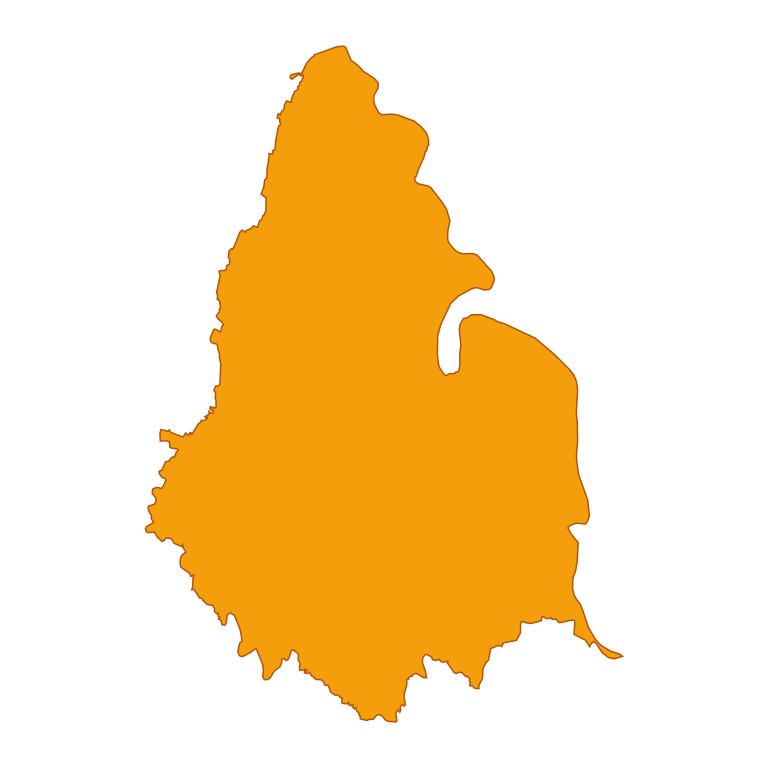 Magura, Khulna, Bangladesh (Equal Earth projection)
{"feature_id": "16705992B78415132034426", "entity_name": "Magura", "entity_type": "district", "adm_level": 2, "iso_a3": "BGD", "parent_name": "Bangladesh", "parent_adm1": "Khulna", "projection": "equal_earth", "projection_center": [89.424, 23.47], "detail": "fine", "context": "isolated", "style": "filled", "palette": "amber", "viewbox_px": 768, "rotation_deg": 0, "n_neighbors": 0, "source": "geoboundaries", "source_scale": "gbopen_adm2", "svg_char_len": 6100}
<svg xmlns="http://www.w3.org/2000/svg" viewBox="0 0 768 768"><path d="M446.7,209.8L443.0,203.5L431.1,188.0L428.1,186.0L417.9,183.7L415.0,181.1L414.7,177.3L416.1,176.5L419.1,167.8L423.9,157.3L425.5,151.0L426.6,150.9L427.4,146.6L428.7,144.7L428.4,139.0L426.4,132.9L420.8,126.4L414.2,121.1L397.4,114.9L391.9,114.2L381.4,114.7L378.4,112.4L374.5,104.6L373.5,98.3L374.6,94.2L378.1,88.1L378.1,82.9L374.2,78.4L363.1,71.1L357.9,65.4L351.1,60.4L345.4,46.9L342.3,46.1L336.1,47.0L314.2,54.9L314.1,56.1L311.3,57.7L306.3,63.7L301.7,73.6L298.8,73.0L291.5,74.6L290.5,75.9L290.2,77.9L291.9,79.1L299.0,74.3L301.0,75.9L302.9,75.0L303.6,75.6L301.5,81.2L299.8,82.3L299.4,85.5L297.7,86.6L297.9,89.6L294.7,91.4L291.7,98.3L291.1,102.4L286.5,100.9L284.3,105.1L284.3,108.3L282.8,110.8L281.9,111.0L280.2,114.9L278.5,113.7L277.8,114.5L277.3,118.1L279.8,118.7L279.7,121.3L280.6,124.4L278.9,125.8L278.1,128.2L275.7,141.1L275.0,149.6L272.6,150.6L273.3,151.8L272.0,154.1L269.0,153.6L269.2,156.2L267.1,168.9L266.9,177.9L264.6,180.1L263.9,186.6L261.1,194.2L266.1,197.8L265.9,210.6L263.9,215.2L262.8,215.7L261.7,219.7L259.7,220.6L257.5,227.3L253.4,225.9L251.0,228.5L245.7,230.9L244.8,232.3L242.3,230.0L240.0,231.9L233.9,247.2L232.5,249.2L231.4,248.7L229.1,250.9L228.3,257.6L229.8,259.2L229.4,264.3L226.7,265.5L226.3,269.2L225.2,270.4L220.2,270.6L218.9,271.6L220.2,275.8L216.5,292.7L217.7,295.2L217.2,299.3L218.2,299.3L220.2,302.6L219.7,303.6L220.8,307.2L219.4,308.9L219.3,312.1L216.3,315.8L217.8,318.6L222.5,322.7L223.4,325.0L222.0,326.2L220.6,331.9L215.4,329.2L213.8,329.4L210.6,336.8L210.2,339.4L210.8,341.6L212.1,342.8L217.3,344.4L217.8,348.8L219.5,354.2L219.4,357.6L220.8,363.6L219.9,384.5L218.6,386.0L215.4,386.2L213.9,390.4L215.6,392.7L215.3,397.9L216.0,400.5L216.0,407.1L215.4,408.2L213.8,407.3L212.4,408.4L211.7,406.9L210.3,406.8L209.9,408.6L210.8,410.0L213.5,410.9L213.4,412.9L211.1,413.1L208.9,411.5L209.1,414.2L204.9,416.7L205.7,417.6L207.4,417.4L207.3,418.3L203.9,420.8L201.2,420.2L200.7,422.2L198.1,424.1L192.1,434.1L191.3,434.3L191.1,432.9L190.1,432.5L188.8,435.4L185.6,433.0L183.0,437.1L170.5,432.2L169.4,429.9L167.9,431.2L160.8,429.6L159.9,433.7L160.3,441.0L165.6,440.8L169.3,441.7L169.9,447.2L171.6,448.2L177.5,448.9L178.2,450.1L176.4,452.1L174.3,457.3L173.1,456.8L171.3,457.7L168.8,461.0L165.6,461.9L161.7,470.3L159.1,471.3L159.4,474.0L162.1,477.4L165.2,478.6L166.0,480.2L163.0,486.7L161.4,488.5L156.6,487.3L152.7,489.1L152.2,493.4L155.8,498.1L155.9,501.7L154.6,504.0L148.5,506.2L148.1,508.9L149.7,512.9L151.4,515.0L151.3,518.6L153.5,522.4L146.5,526.8L145.5,528.7L146.2,531.4L147.6,532.6L154.5,532.2L157.4,537.1L162.1,541.4L164.4,540.5L164.8,538.9L166.2,538.0L170.5,538.4L172.4,540.1L174.1,543.3L181.8,546.6L182.7,544.9L183.4,548.3L185.9,552.0L181.5,555.5L180.1,560.4L180.3,565.0L180.9,567.2L189.8,573.5L190.7,576.3L193.9,575.2L193.0,577.9L192.8,585.2L191.9,589.8L194.2,589.4L199.4,597.9L202.5,598.8L203.0,600.6L207.0,604.4L213.0,605.6L214.5,608.6L214.5,611.4L216.4,613.7L218.1,613.2L218.1,616.2L220.0,617.5L218.3,618.7L221.1,620.7L222.0,624.8L225.2,625.1L226.4,622.4L227.0,616.0L228.1,614.0L230.9,613.0L234.6,615.6L240.2,629.8L241.7,638.2L241.7,641.5L239.7,643.1L238.4,648.5L237.9,652.0L238.8,654.5L240.4,656.4L243.0,656.5L251.0,652.1L256.0,648.2L262.6,664.2L263.4,669.3L262.8,677.0L264.2,679.5L266.6,679.8L269.6,678.5L274.3,671.1L280.1,666.5L281.7,662.3L281.9,659.0L284.3,658.6L286.0,660.6L287.5,660.0L289.2,657.6L291.3,650.4L293.8,650.2L298.5,654.1L298.1,659.7L300.0,663.1L299.4,668.3L299.8,670.4L306.1,669.2L306.9,670.7L304.4,670.5L304.4,672.9L307.3,673.4L309.7,672.5L311.3,675.7L313.8,677.1L314.5,678.5L317.2,679.7L320.3,679.4L323.7,681.6L324.5,684.9L328.3,685.5L330.8,692.1L335.1,695.2L338.2,695.1L340.4,697.7L342.3,698.1L341.7,700.8L342.1,703.3L347.0,703.9L348.5,702.5L349.2,705.5L350.6,704.8L351.7,705.9L353.0,704.9L353.0,707.6L354.4,708.9L355.8,707.6L356.8,711.0L359.1,713.3L358.9,714.7L360.1,716.0L360.4,718.9L366.6,720.5L369.7,719.3L373.1,719.4L376.6,715.2L379.1,714.5L382.4,716.3L385.4,720.0L388.2,721.4L396.3,721.9L396.9,720.3L395.8,714.0L396.6,711.3L398.1,710.0L399.8,712.3L400.8,710.2L400.2,708.5L400.5,706.0L402.1,704.5L404.2,706.1L405.5,705.0L404.0,697.0L404.3,693.2L406.7,685.6L406.8,679.3L408.7,679.1L408.8,677.6L410.0,676.2L412.0,676.4L413.1,674.4L416.3,673.3L423.1,677.5L426.5,677.8L425.3,670.8L422.4,662.4L422.8,657.8L424.9,654.7L426.7,654.5L431.5,656.9L432.6,659.7L436.2,660.5L438.3,659.1L441.8,662.2L447.7,661.3L448.1,662.2L447.4,663.0L454.2,672.7L456.2,673.5L459.4,672.1L462.3,672.8L465.5,676.5L467.1,676.3L469.7,678.6L469.4,681.2L470.3,682.2L469.7,685.5L472.4,686.1L474.8,688.4L479.0,688.5L478.7,686.7L479.9,683.2L482.5,678.5L482.9,668.9L485.7,663.0L488.6,660.0L490.6,648.7L497.5,645.8L499.7,645.5L501.8,646.6L503.3,642.9L516.4,640.3L520.5,632.9L520.5,625.5L521.5,621.3L528.9,623.5L533.1,623.0L541.4,620.6L541.8,617.2L543.1,616.5L546.7,618.8L551.2,617.8L552.0,619.2L556.4,619.3L558.4,622.1L560.0,622.7L571.3,620.1L574.2,620.3L574.9,621.1L574.0,634.3L585.6,640.3L589.7,646.7L590.8,644.2L593.6,641.5L596.5,643.9L602.1,652.6L608.3,657.4L614.2,658.8L622.5,656.4L620.3,654.4L611.1,651.4L603.7,647.1L599.7,644.2L595.1,638.9L588.3,627.2L583.4,612.1L580.4,604.5L575.6,598.1L573.7,593.7L572.5,588.1L572.9,578.2L575.6,570.8L577.1,561.8L578.2,542.7L570.7,533.4L567.9,527.8L570.0,525.5L576.2,523.1L585.5,524.0L587.6,521.1L589.5,515.6L587.6,500.0L578.7,474.9L576.8,461.9L576.4,455.9L577.6,440.5L577.2,421.3L576.3,413.5L577.6,389.8L576.4,381.5L574.0,375.4L569.3,369.3L554.3,354.4L535.2,338.2L503.8,323.4L497.5,321.8L494.2,319.6L480.8,314.7L471.5,314.8L466.9,318.0L463.5,318.5L459.9,324.7L459.3,330.2L460.9,345.1L459.7,353.8L460.0,363.7L459.1,369.6L458.1,371.6L455.7,372.1L454.3,373.7L449.5,373.6L446.1,375.8L443.6,373.8L440.0,368.4L438.4,363.9L437.3,353.9L437.7,335.7L440.7,324.6L450.6,303.5L458.4,296.0L471.9,288.6L477.0,287.6L484.2,289.9L488.9,289.6L490.9,288.1L492.1,285.9L493.8,281.8L494.4,278.2L491.8,271.6L477.2,255.1L472.9,253.6L462.9,253.8L457.7,252.1L454.9,250.1L449.3,243.6L447.9,240.4L447.6,235.9L447.8,231.3L449.9,220.9L446.7,209.8Z" fill="#f59e0b" stroke="#b45309" stroke-width="1.5"/></svg>